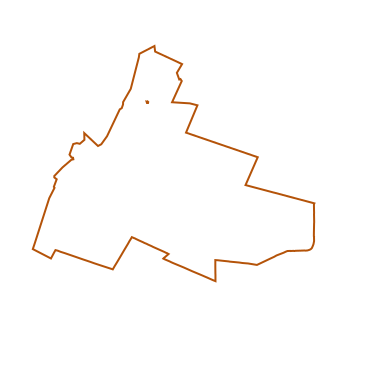 the district of Tamdi, Navoi, Uzbekistan, rotated 114°
{"feature_id": "79887680B37906364425566", "entity_name": "Tamdi", "entity_type": "district", "adm_level": 2, "iso_a3": "UZB", "parent_name": "Uzbekistan", "parent_adm1": "Navoi", "projection": "equal_earth", "projection_center": [65.436, 42.347], "detail": "fine", "context": "isolated", "style": "outline", "palette": "amber", "viewbox_px": 384, "rotation_deg": 114, "n_neighbors": 0, "source": "geoboundaries", "source_scale": "gbopen_adm2", "svg_char_len": 2180}
<svg xmlns="http://www.w3.org/2000/svg" viewBox="0 0 384 384"><g transform="rotate(114 192 192)"><path d="M302.6,314.8L308.9,314.2L310.1,293.8L304.1,293.4L301.8,293.2L300.6,293.1L300.2,290.6L300.1,287.7L299.6,283.4L298.6,272.0L297.9,263.8L297.8,262.8L297.2,256.6L296.9,252.5L296.2,245.5L294.9,233.2L294.9,232.9L291.1,232.5L286.6,231.9L278.9,231.0L274.4,230.5L272.6,230.3L265.2,229.4L263.9,229.3L261.8,229.1L260.7,228.9L257.7,228.6L257.7,226.4L257.6,225.3L257.7,224.4L257.8,220.2L257.8,218.6L257.8,216.2L257.9,214.7L257.8,212.4L257.9,210.9L257.9,209.5L257.9,206.8L258.0,205.5L258.0,204.3L258.0,201.7L258.0,201.0L258.0,200.0L258.0,198.5L258.0,197.7L258.0,195.3L258.0,192.5L258.1,191.5L258.1,190.7L258.0,190.3L258.2,188.2L262.7,190.3L263.6,190.8L264.5,191.1L264.6,189.4L264.5,184.3L264.6,182.5L264.6,180.4L264.4,172.5L264.3,168.7L264.3,166.7L264.3,161.3L264.3,159.6L264.1,151.0L264.0,141.9L264.0,136.9L263.9,134.3L258.1,136.9L256.9,137.5L251.0,140.2L244.7,143.0L243.8,140.5L243.2,138.6L242.2,135.5L240.6,130.6L240.2,129.0L238.5,124.0L237.2,120.1L236.4,117.2L235.4,114.3L234.5,111.8L232.2,103.0L225.8,97.5L220.9,93.3L217.8,90.6L215.6,89.0L210.2,83.6L208.2,81.9L207.1,80.8L205.8,78.2L205.8,77.8L205.2,76.8L204.4,75.1L204.4,74.8L204.1,74.2L203.7,73.7L201.1,68.3L200.5,67.1L199.7,65.5L199.4,64.5L198.4,62.7L196.9,61.0L195.8,60.2L194.5,59.7L192.0,59.7L190.3,59.8L187.2,60.5L184.0,62.0L183.4,62.3L183.0,62.4L182.8,62.7L180.5,63.7L179.8,64.0L171.0,67.7L169.9,68.1L163.5,71.1L162.9,71.4L161.6,71.9L160.7,72.3L159.9,72.7L157.1,74.0L153.9,75.5L153.2,75.6L152.6,75.6L163.9,145.9L133.5,146.1L140.2,221.6L110.6,222.3L111.9,230.0L118.1,246.7L94.8,246.5L93.5,248.5L94.4,249.4L89.3,254.3L79.2,253.1L78.7,282.8L73.9,285.7L87.2,296.3L90.7,295.3L122.7,289.9L137.9,291.5L140.1,290.6L144.0,290.3L145.9,291.6L175.6,292.3L185.3,294.3L188.2,296.6L182.0,314.4L188.1,311.5L193.6,314.1L194.2,317.1L196.5,320.0L207.7,319.1L209.4,316.2L209.1,314.6L210.4,313.7L211.6,315.3L222.2,320.3L233.4,324.3L234.7,323.7L235.4,320.8L243.5,320.3L244.1,319.3L255.7,319.9L302.6,314.8ZM129.0,269.3L127.9,270.3L127.8,269.8L127.3,269.5L127.6,268.6L128.6,268.4L129.0,269.3Z" fill="none" stroke="#b45309" stroke-width="2"/></g></svg>